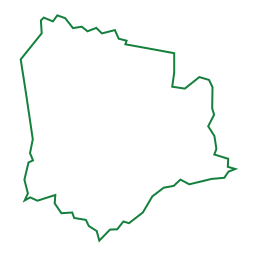 outline of Knott, Kentucky, United States of America
{"feature_id": "52423323B14843567841968", "entity_name": "Knott", "entity_type": "district", "adm_level": 2, "iso_a3": "USA", "parent_name": "United States of America", "parent_adm1": "Kentucky", "projection": "mercator", "projection_center": [-82.938, 37.349], "detail": "fine", "context": "isolated", "style": "outline", "palette": "green", "viewbox_px": 256, "rotation_deg": 0, "n_neighbors": 0, "source": "geoboundaries", "source_scale": "gbopen_adm2", "svg_char_len": 852}
<svg xmlns="http://www.w3.org/2000/svg" viewBox="0 0 256 256"><path d="M126.6,40.7L118.7,38.7L114.9,30.1L101.9,33.4L96.3,27.9L87.5,31.3L81.8,26.7L73.0,28.1L65.1,18.1L57.3,15.4L52.9,21.4L43.8,17.6L40.9,20.4L41.7,33.3L20.7,59.4L25.9,92.7L32.8,139.3L30.0,153.1L33.0,160.4L28.5,162.5L24.4,179.7L27.9,193.4L24.7,200.4L30.2,197.4L37.4,200.7L55.3,195.0L54.7,203.4L61.4,213.2L72.2,212.5L74.2,218.0L85.9,219.9L88.8,226.0L96.7,231.0L99.3,240.6L110.0,229.6L117.2,229.3L123.4,221.5L129.0,223.2L142.9,212.4L152.3,196.4L163.7,187.7L173.7,185.9L180.4,179.6L189.3,184.3L211.7,178.9L224.3,177.8L228.4,171.7L235.3,169.0L227.8,166.8L228.2,158.8L214.3,154.5L216.4,148.9L214.4,136.0L208.2,126.3L214.1,114.7L212.2,108.5L212.5,87.2L209.0,79.9L199.3,77.1L184.8,88.6L172.2,86.7L174.2,72.7L174.2,53.2L125.4,44.3L126.6,40.7Z" fill="none" stroke="#15803d" stroke-width="2"/></svg>